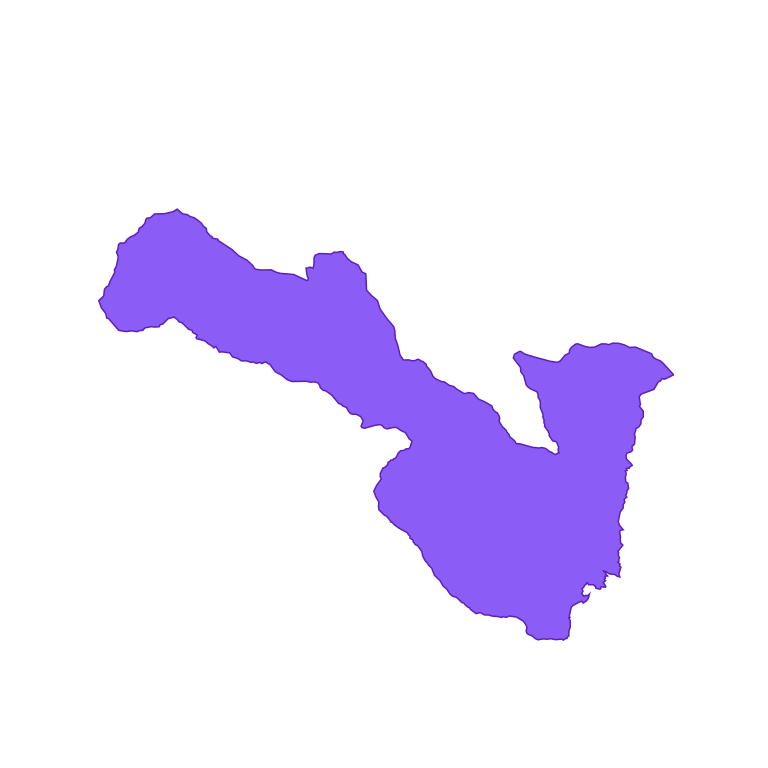 outline of Zaruma, El Oro, Ecuador, rotated 299°
{"feature_id": "8360857B11168395923367", "entity_name": "Zaruma", "entity_type": "district", "adm_level": 2, "iso_a3": "ECU", "parent_name": "Ecuador", "parent_adm1": "El Oro", "projection": "equal_earth", "projection_center": [-79.513, -3.511], "detail": "fine", "context": "isolated", "style": "filled", "palette": "violet", "viewbox_px": 768, "rotation_deg": 299, "n_neighbors": 0, "source": "geoboundaries", "source_scale": "gbopen_adm2", "svg_char_len": 6144}
<svg xmlns="http://www.w3.org/2000/svg" viewBox="0 0 768 768"><g transform="rotate(299 384 384)"><path d="M227.8,575.7L230.8,579.3L230.7,583.8L232.7,587.5L233.5,591.3L235.7,596.1L236.8,600.0L238.2,600.9L239.3,604.2L241.8,606.0L244.4,613.0L244.1,621.0L241.8,625.5L240.2,627.2L237.1,627.9L235.2,629.9L235.0,631.8L235.5,635.1L234.6,640.6L235.0,642.8L238.3,646.9L239.9,650.5L242.0,653.2L243.6,658.1L247.0,663.0L246.9,665.0L248.6,665.7L250.2,667.4L251.0,667.0L253.3,667.8L257.0,665.7L261.9,664.6L267.5,661.5L269.1,658.9L269.9,659.7L271.0,658.5L279.7,656.0L282.1,656.7L288.3,660.9L289.9,662.4L289.0,664.4L292.4,666.2L295.6,666.6L299.9,665.5L297.5,664.8L297.1,663.0L295.3,662.0L296.5,658.4L299.3,658.5L300.8,656.5L303.4,657.3L305.0,656.9L306.8,657.9L308.5,657.7L308.8,658.1L307.6,660.4L309.9,664.3L309.3,667.4L308.2,668.2L308.9,671.6L309.6,672.7L312.0,672.2L313.5,676.1L314.4,676.1L316.8,672.0L319.3,673.2L319.7,671.4L321.7,671.8L322.9,670.5L324.5,672.6L325.4,669.8L326.7,669.3L326.5,667.2L326.9,666.6L327.4,668.2L327.2,673.3L329.3,678.3L328.9,681.4L329.5,683.8L331.7,681.5L338.7,680.0L339.1,678.2L341.0,677.6L341.5,675.1L342.9,675.5L343.8,674.6L346.2,674.2L348.0,671.7L349.9,671.3L351.1,669.8L358.9,671.0L359.8,668.0L362.9,665.7L364.9,665.1L369.1,661.6L370.8,661.8L372.5,663.9L374.5,658.6L377.2,655.6L386.7,652.6L391.5,653.3L394.7,651.6L397.1,652.0L399.6,649.9L402.8,651.2L404.2,649.1L405.9,649.4L408.2,648.3L411.3,648.6L415.6,645.1L415.2,643.8L416.1,642.6L419.3,640.4L423.1,639.3L425.0,637.2L426.3,638.5L427.2,637.1L427.9,637.1L429.3,639.4L431.0,639.2L433.0,640.6L433.7,639.9L435.9,632.6L439.0,630.2L441.3,630.0L444.5,632.9L446.6,633.5L449.6,631.1L452.8,632.3L459.2,629.5L461.7,627.3L465.8,626.6L466.8,625.8L470.0,627.7L473.6,628.0L477.4,626.2L480.8,626.8L485.9,624.0L488.4,618.1L490.3,618.3L496.5,613.4L499.8,613.8L510.2,622.7L518.8,622.9L521.0,624.5L523.6,624.6L524.1,626.8L525.2,627.8L532.2,632.7L532.7,632.2L537.7,617.4L538.2,614.2L537.6,609.6L537.9,606.5L540.2,603.4L538.2,586.1L535.0,581.0L534.7,575.1L533.4,569.6L530.5,564.0L527.5,561.7L526.4,558.2L524.5,554.7L518.4,550.4L515.9,546.4L514.3,541.7L513.1,533.8L511.7,532.2L507.0,530.1L503.9,529.8L500.9,531.0L497.1,528.4L489.7,527.0L487.1,525.3L484.4,518.2L480.5,502.4L478.4,492.5L478.8,487.9L478.3,486.8L473.3,483.7L469.5,484.4L464.7,495.3L461.0,497.7L459.1,502.1L452.4,508.5L451.3,510.9L450.8,514.1L451.3,521.5L449.8,523.6L447.0,525.3L445.7,527.7L443.7,529.7L439.1,532.1L434.4,538.0L432.0,539.0L430.0,541.6L427.7,542.6L426.6,544.2L424.8,544.9L422.6,549.8L420.2,553.1L419.1,553.3L416.4,558.2L416.1,559.7L416.9,561.9L416.8,563.2L413.5,567.3L410.7,568.2L408.5,570.4L407.7,569.3L406.0,568.7L405.2,567.2L405.5,563.4L405.1,561.5L406.0,556.7L405.0,552.9L403.1,550.5L400.7,544.8L397.6,532.0L395.9,528.4L397.5,526.2L398.9,519.5L400.2,518.2L401.5,514.9L402.9,513.0L404.1,508.1L407.1,502.9L410.5,501.6L412.7,498.9L413.7,497.1L413.8,493.8L415.0,491.3L417.0,489.1L417.2,488.0L417.2,480.0L416.6,474.1L419.2,466.8L417.4,461.9L415.4,460.1L414.5,458.3L414.8,449.6L415.6,446.5L414.5,441.7L415.1,435.9L413.9,432.6L413.6,426.1L414.5,423.1L417.9,418.6L420.5,412.2L421.7,411.4L422.6,406.8L422.0,405.5L422.4,402.9L421.8,401.3L419.4,399.7L418.0,397.6L417.1,393.9L414.6,389.8L414.7,388.8L416.9,384.2L424.3,377.5L428.3,373.1L428.3,372.5L435.9,367.6L439.0,364.5L442.4,355.3L447.7,344.2L453.8,337.8L455.3,330.2L457.6,323.3L471.5,314.7L471.4,310.3L475.5,303.7L475.1,295.8L476.1,290.9L478.0,287.5L478.4,285.4L479.7,284.3L478.8,281.8L476.3,279.0L475.2,276.5L472.2,274.9L466.7,264.1L463.2,261.4L460.6,261.6L454.6,264.8L451.0,265.8L450.3,262.6L447.9,260.5L447.7,259.7L443.2,262.8L440.7,265.0L440.5,266.1L437.9,267.1L437.0,266.1L436.0,251.9L430.4,239.4L429.5,235.4L429.2,230.0L424.3,221.7L422.1,216.1L422.5,214.1L423.9,212.1L425.9,204.0L425.7,194.7L427.9,185.8L429.1,169.6L430.1,168.5L428.4,163.1L429.5,162.1L429.4,160.1L431.1,155.3L434.0,153.1L434.4,149.8L436.1,146.4L437.0,141.4L437.4,137.4L436.5,133.5L436.8,129.8L435.2,125.5L436.7,118.3L432.6,116.1L426.8,109.8L421.5,100.9L416.0,99.0L414.5,96.6L413.2,95.9L408.6,96.9L404.3,96.1L401.6,94.4L397.6,95.4L392.9,93.4L389.7,90.9L386.1,89.3L381.7,88.8L379.3,84.9L377.4,84.2L372.6,86.0L369.6,86.1L366.9,89.4L365.5,90.3L356.9,92.9L353.2,92.8L351.0,94.4L340.2,94.7L336.4,95.5L334.4,94.1L331.3,93.6L325.1,96.2L318.7,94.1L313.7,99.8L310.9,106.2L307.5,109.4L306.6,109.4L307.5,109.5L307.5,111.9L302.3,126.0L304.8,133.0L308.2,137.6L310.0,142.6L312.1,144.2L314.1,147.1L317.1,147.7L321.3,152.6L322.7,156.0L325.1,159.6L327.2,159.4L329.1,161.4L336.8,163.7L340.9,168.3L340.3,169.9L340.4,171.6L339.0,174.3L339.6,177.8L337.1,186.6L337.9,189.9L336.3,191.9L336.4,196.3L335.9,197.0L333.4,197.1L332.8,198.1L335.0,207.1L334.0,210.5L333.9,215.0L333.1,217.7L335.4,218.7L332.0,224.7L333.3,226.1L336.2,233.3L336.3,234.4L334.3,238.3L335.4,243.3L335.1,248.2L337.6,252.7L338.4,257.0L339.9,259.0L340.1,262.3L342.7,264.9L342.7,267.3L346.0,269.7L345.6,273.4L346.0,274.3L342.0,283.0L342.1,290.0L340.8,297.4L341.6,302.4L348.7,314.7L350.1,319.2L352.0,321.9L353.0,325.7L351.6,328.4L350.0,329.9L349.0,333.7L349.8,336.7L348.9,343.8L345.0,353.8L345.5,356.2L344.8,358.5L345.3,362.6L342.7,366.6L342.0,369.0L342.1,370.6L344.1,374.6L344.2,379.4L341.7,383.7L336.0,384.4L335.2,385.9L336.0,388.6L343.0,395.6L346.8,400.6L346.7,402.9L345.8,405.3L346.2,408.4L350.4,413.1L352.1,416.1L351.5,421.1L351.8,426.5L348.2,432.6L347.7,436.2L341.6,437.4L339.1,437.0L338.2,434.9L335.6,433.6L333.6,430.8L330.5,429.9L325.1,430.2L322.8,428.5L321.9,428.6L320.7,426.8L318.8,426.6L317.7,425.5L315.0,426.4L311.3,425.0L309.9,423.8L304.0,424.1L301.0,425.7L299.8,427.7L291.9,426.7L285.3,427.0L281.4,431.6L278.2,436.8L274.0,438.6L271.6,440.5L269.4,447.8L269.6,449.8L269.1,451.6L267.8,455.2L266.6,456.7L266.9,458.6L265.8,461.7L265.2,467.2L265.2,476.8L264.1,478.2L263.6,480.4L261.7,481.5L261.6,485.3L260.3,485.8L258.8,488.9L258.8,491.9L256.5,496.9L255.6,498.5L252.1,501.5L249.2,506.0L248.4,508.9L247.2,510.5L246.2,514.8L241.2,520.8L239.2,528.2L236.0,533.6L234.9,538.5L232.3,543.6L231.6,547.0L232.6,551.1L230.6,557.8L231.1,560.0L230.0,562.8L229.5,566.2L229.8,567.3L228.8,568.9L227.8,575.7Z" fill="#8b5cf6" stroke="#5b21b6" stroke-width="1.5"/></g></svg>